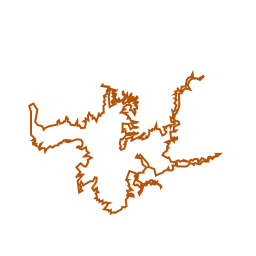 outline of Waduk Cirata, Jawa Barat, Indonesia, rotated 241°
{"feature_id": "22746128B76055711701199", "entity_name": "Waduk Cirata", "entity_type": "district", "adm_level": 2, "iso_a3": "IDN", "parent_name": "Indonesia", "parent_adm1": "Jawa Barat", "projection": "natural_earth1", "projection_center": [107.303, -6.755], "detail": "fine", "context": "isolated", "style": "outline", "palette": "amber", "viewbox_px": 256, "rotation_deg": 241, "n_neighbors": 0, "source": "geoboundaries", "source_scale": "gbopen_adm2", "svg_char_len": 5835}
<svg xmlns="http://www.w3.org/2000/svg" viewBox="0 0 256 256"><g transform="rotate(241 128 128)"><path d="M196.3,54.9L195.3,54.6L195.2,52.3L189.4,51.1L169.1,39.9L163.7,41.3L163.6,38.7L161.8,40.9L160.4,39.2L161.3,37.7L159.5,37.1L158.5,40.0L157.4,38.7L155.2,40.3L154.9,42.0L156.4,43.3L156.4,45.0L153.1,40.0L151.7,40.3L152.3,42.9L150.7,45.2L147.4,44.0L149.1,46.8L149.8,51.2L147.4,52.6L148.0,55.2L146.7,59.0L147.8,59.5L147.9,61.9L147.0,62.1L148.4,66.1L146.1,70.1L145.9,67.3L144.5,68.8L142.9,77.9L140.5,81.1L137.4,81.4L134.7,79.3L134.1,77.7L136.1,75.9L135.8,73.1L135.5,74.6L131.6,77.1L131.6,81.8L128.0,80.6L125.3,81.8L124.3,76.0L121.9,80.5L119.6,81.7L119.6,77.5L117.4,76.5L114.7,72.6L115.8,70.9L120.0,69.4L118.6,63.8L112.7,65.0L109.9,58.5L110.1,64.4L109.1,66.1L106.1,58.3L95.2,54.0L95.4,57.7L97.5,57.0L99.7,59.1L101.2,57.7L103.8,61.1L99.5,61.3L99.8,69.1L98.4,71.4L100.9,75.1L99.8,76.5L96.3,74.2L92.9,67.6L89.5,67.8L89.1,69.5L90.7,70.0L90.7,71.8L87.9,70.4L86.2,71.1L86.5,68.0L82.9,67.7L82.4,65.3L81.2,66.8L79.8,66.1L79.4,68.0L76.5,66.7L77.5,67.6L76.9,70.6L73.9,68.9L74.0,72.1L71.4,75.3L71.6,73.1L70.4,72.5L68.6,67.6L65.8,71.1L64.4,71.0L64.5,73.1L61.6,71.4L61.2,75.0L60.1,75.4L60.1,82.9L61.7,84.9L60.1,86.5L60.4,88.9L66.3,91.2L67.4,94.3L69.4,94.6L65.3,99.7L67.4,100.3L68.2,98.3L69.3,98.9L70.0,96.3L73.6,96.9L72.1,99.6L73.6,100.1L72.2,101.5L77.4,100.3L77.9,101.8L82.3,101.7L82.4,103.0L83.5,101.3L89.6,108.4L83.9,113.4L82.6,110.5L80.4,110.6L75.9,105.4L74.1,106.7L74.1,108.6L70.8,109.6L70.6,112.5L69.7,110.4L67.1,109.7L66.7,106.0L64.1,105.7L66.5,110.1L70.7,113.7L68.9,115.9L70.2,118.6L69.7,120.3L67.2,120.8L68.4,124.7L66.7,123.0L65.3,124.5L66.1,126.1L61.6,128.3L59.9,127.8L60.2,128.6L62.0,128.7L65.5,126.6L67.0,127.6L66.7,124.5L68.7,125.6L69.1,123.2L70.3,124.1L71.5,122.3L70.7,120.2L72.1,118.1L70.7,116.6L72.4,112.3L73.5,113.1L78.6,110.1L79.3,112.1L81.4,112.4L80.9,113.1L83.6,115.6L81.5,120.0L82.9,120.6L84.5,125.0L88.9,123.1L95.1,124.8L98.3,120.5L99.8,123.1L97.6,123.0L98.6,125.8L86.6,128.3L84.0,127.0L79.5,131.0L72.9,129.4L72.2,137.3L73.1,139.1L72.2,141.3L73.6,144.0L71.3,143.3L69.6,145.5L70.2,147.8L73.6,148.7L72.3,150.9L74.3,153.8L70.5,152.5L65.9,160.7L67.0,165.0L65.6,167.2L63.7,167.6L64.8,169.5L61.3,173.5L62.8,176.6L59.7,182.0L62.4,184.2L62.4,185.5L59.9,186.7L60.9,189.4L59.9,192.8L62.3,192.6L61.0,194.1L60.5,195.2L60.7,196.1L62.6,192.5L60.9,191.4L61.3,186.9L63.3,185.9L63.5,183.9L60.8,181.5L65.9,178.0L63.7,172.9L67.1,173.7L68.7,170.7L67.9,168.9L69.6,167.8L68.9,164.7L72.2,161.8L71.2,161.8L72.9,159.9L73.2,157.2L75.2,156.5L75.8,151.1L78.1,149.3L82.4,149.5L82.2,148.4L87.4,144.9L88.9,147.5L89.4,151.6L91.4,152.2L91.0,153.8L93.0,153.4L94.4,156.6L97.2,154.1L97.0,157.8L95.8,158.2L96.3,160.7L93.9,161.5L95.3,162.0L94.1,166.4L95.3,163.8L95.8,167.2L96.5,162.6L97.5,163.5L98.2,160.7L104.2,163.2L101.9,167.7L102.4,169.1L103.3,166.7L106.9,169.0L106.5,174.9L108.8,175.3L113.0,172.0L117.7,176.4L117.3,177.6L122.6,183.7L133.4,189.2L132.5,192.0L134.6,195.3L134.3,198.0L131.4,201.0L136.4,200.9L139.4,204.4L140.1,207.7L138.1,212.1L135.1,214.3L136.2,218.9L137.0,218.9L136.8,213.9L140.2,209.2L144.4,211.0L142.1,207.9L142.6,205.1L141.6,202.7L136.3,198.6L138.1,195.0L134.7,192.4L135.1,191.1L139.5,190.6L136.4,190.6L137.0,187.0L135.1,187.3L134.9,185.0L134.1,186.6L130.9,184.1L131.2,183.1L129.1,184.2L127.2,180.6L124.2,181.4L122.3,178.6L120.2,178.7L120.5,175.8L121.7,175.3L117.5,174.0L115.2,171.6L116.7,170.4L112.2,169.0L110.6,171.6L109.2,171.1L109.2,167.2L107.9,165.5L110.3,166.2L110.9,162.5L109.6,161.6L112.7,159.0L110.7,160.4L108.6,158.9L105.8,159.7L104.6,156.8L104.8,154.5L111.8,155.1L113.0,152.6L117.2,154.3L113.8,150.1L115.4,148.9L113.9,147.4L115.8,145.5L112.4,143.7L110.6,141.1L111.7,139.9L110.3,139.6L110.9,135.6L111.4,136.3L113.2,133.2L115.2,140.1L115.9,139.6L114.7,135.1L115.3,125.0L118.0,127.7L119.3,121.0L117.0,120.4L117.2,118.8L115.8,118.6L115.6,116.8L114.3,117.6L111.8,114.8L112.2,111.4L114.5,111.2L114.8,112.8L118.2,113.1L121.8,116.2L120.6,117.6L122.6,122.7L118.7,131.5L118.7,135.3L119.1,132.5L121.5,131.1L121.7,127.7L122.9,127.3L123.4,124.6L124.3,123.6L126.5,124.4L127.3,121.0L129.3,122.7L129.0,124.1L130.1,123.0L134.6,125.4L131.2,130.3L125.6,129.6L125.9,132.4L124.1,135.3L123.6,137.5L126.3,133.7L130.7,132.7L128.5,137.9L128.6,138.9L132.9,134.1L136.2,134.3L136.5,132.4L138.4,134.2L142.0,132.1L142.1,134.1L144.9,129.1L146.2,133.1L145.0,135.5L147.2,132.9L148.4,134.7L148.8,137.8L147.3,141.0L145.7,141.7L142.7,138.3L141.3,140.2L136.4,140.2L138.2,142.4L141.6,142.6L140.6,145.3L142.2,146.5L144.4,145.1L144.7,147.0L146.4,145.6L145.6,149.9L147.8,146.6L150.0,151.2L151.1,151.0L149.3,147.1L149.7,144.7L152.0,147.9L152.8,147.2L150.5,144.0L149.2,140.4L156.9,148.3L152.9,141.5L151.3,141.6L151.3,135.7L153.1,135.8L156.0,142.8L158.3,143.8L157.3,142.0L158.8,140.7L163.1,141.6L159.9,139.6L156.9,141.1L155.4,137.7L155.2,134.0L159.0,134.5L155.1,133.0L157.9,127.9L158.5,129.1L156.7,130.8L157.5,132.1L160.6,130.8L163.5,134.1L165.7,131.8L166.6,135.9L169.7,132.8L168.3,132.5L166.9,135.2L166.6,131.6L164.7,131.0L163.0,132.7L163.0,129.8L161.5,130.5L160.1,129.4L159.1,126.5L157.0,126.3L155.2,128.2L155.2,122.1L165.4,126.6L170.1,130.8L173.1,131.6L176.8,126.8L178.2,126.9L177.5,125.3L173.6,130.1L170.1,128.9L171.0,127.6L168.2,126.2L167.8,123.1L166.7,123.4L167.3,122.3L163.3,121.1L163.0,119.6L159.7,119.5L159.1,117.2L153.1,114.1L153.8,113.0L152.0,109.6L154.4,109.5L149.1,103.6L153.3,103.7L153.2,101.5L156.1,103.0L157.0,101.3L160.0,101.3L158.2,98.9L153.9,97.2L156.9,95.6L155.2,94.5L155.3,92.5L153.5,94.1L149.1,90.3L151.0,86.7L154.0,86.9L154.3,84.8L158.8,87.1L156.1,82.8L158.5,79.6L161.5,79.6L162.6,78.2L165.3,79.9L167.5,79.5L164.3,76.2L164.9,74.8L164.0,73.9L164.7,70.6L168.3,71.4L167.9,69.4L165.3,68.0L167.7,60.2L168.2,55.1L167.3,53.6L171.4,53.7L174.3,50.4L178.6,49.9L187.8,57.5L195.2,57.2L195.3,54.6L196.3,54.9Z" fill="none" stroke="#b45309" stroke-width="2"/></g></svg>